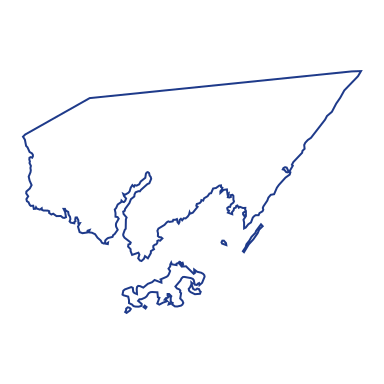 outline of Lamu East, Coast, Kenya
{"feature_id": "3690345B14280875758697", "entity_name": "Lamu East", "entity_type": "district", "adm_level": 2, "iso_a3": "KEN", "parent_name": "Kenya", "parent_adm1": "Coast", "projection": "natural_earth1", "projection_center": [41.091, -1.907], "detail": "fine", "context": "isolated", "style": "outline", "palette": "blue", "viewbox_px": 384, "rotation_deg": 0, "n_neighbors": 0, "source": "geoboundaries", "source_scale": "gbopen_adm2", "svg_char_len": 6051}
<svg xmlns="http://www.w3.org/2000/svg" viewBox="0 0 384 384"><path d="M23.0,136.7L24.9,139.7L26.1,145.9L27.5,147.3L29.6,152.0L32.0,153.4L32.9,154.9L32.9,156.3L32.2,157.7L30.8,157.1L29.5,157.7L29.3,159.5L29.9,161.5L29.5,163.0L30.9,165.9L30.4,168.0L30.8,170.2L30.5,172.2L28.7,176.6L29.6,180.6L31.6,185.1L29.8,188.5L26.4,191.5L26.2,193.4L28.2,196.3L26.4,199.1L26.9,201.2L28.5,202.2L29.8,205.0L30.8,205.9L33.2,205.7L33.8,208.9L35.3,208.8L36.0,207.3L36.8,208.6L39.9,209.6L41.7,208.3L41.9,209.8L43.4,210.5L47.7,210.6L49.2,211.2L49.1,212.9L51.4,214.5L53.2,213.7L56.5,216.1L60.8,216.0L62.9,217.7L64.4,217.9L66.0,217.2L65.1,212.0L63.6,208.9L65.0,208.9L65.7,210.5L68.2,211.9L68.6,214.6L70.0,216.8L70.4,219.1L69.6,221.4L70.7,222.6L74.3,223.3L74.4,221.9L75.5,221.2L75.2,219.5L75.6,217.5L76.9,217.4L78.3,220.2L78.4,223.4L79.9,223.2L78.0,226.6L79.6,232.1L82.5,233.2L87.1,232.5L87.6,230.7L89.6,230.0L88.6,232.3L91.9,232.7L95.1,234.2L97.5,237.7L100.7,240.5L101.9,242.7L103.6,243.5L105.0,243.0L105.3,240.4L106.9,238.8L108.1,238.0L112.5,236.9L113.2,235.1L114.6,234.1L117.7,229.8L116.1,226.6L115.9,224.9L116.1,223.3L118.7,218.7L117.6,217.1L115.5,216.7L115.5,213.0L114.8,209.5L116.1,208.1L117.7,204.5L121.2,202.1L121.5,200.6L122.7,201.8L123.9,202.1L125.2,200.8L126.1,198.5L124.0,196.0L123.3,193.9L124.9,194.8L128.4,192.8L129.6,191.4L130.7,187.7L132.4,185.1L134.0,186.7L134.9,185.2L136.6,185.6L139.2,184.3L140.7,181.5L145.3,177.8L145.9,173.8L146.6,172.6L147.8,172.1L149.1,173.1L149.6,175.5L150.7,176.9L151.2,178.8L149.3,183.3L147.4,184.1L140.9,189.9L139.9,191.3L138.4,191.2L135.6,192.3L134.5,194.5L134.3,196.5L130.9,199.2L129.4,203.1L125.1,208.9L124.7,210.8L123.2,211.6L123.6,214.0L126.6,217.5L125.9,219.3L125.7,228.8L124.8,229.8L123.2,234.3L123.3,235.7L124.5,237.7L130.7,242.5L130.2,243.9L128.4,244.5L128.1,246.6L130.6,249.2L130.6,251.1L132.1,254.9L138.4,252.7L139.4,254.6L138.2,258.3L139.9,260.5L141.5,261.0L143.9,258.8L145.0,256.1L147.9,258.3L150.8,253.2L150.9,251.1L154.0,249.2L153.3,247.7L153.3,246.0L154.6,244.8L156.3,244.3L157.4,242.6L157.3,241.0L158.5,240.3L160.1,240.7L162.4,238.4L161.1,237.3L159.3,237.2L157.9,236.1L158.0,233.3L157.4,230.8L158.4,228.6L164.5,224.9L166.8,222.3L168.3,221.4L169.6,221.9L172.7,221.4L173.3,219.8L175.3,219.8L176.9,219.1L177.6,222.3L178.7,223.6L179.4,222.3L179.7,219.9L180.9,218.8L182.2,220.3L183.7,218.3L185.6,218.4L187.7,216.6L189.0,214.7L189.6,212.4L190.1,213.7L192.8,212.7L197.6,206.8L196.3,205.8L196.8,204.0L199.7,203.1L201.0,201.7L201.4,200.1L203.2,200.6L204.1,198.3L207.6,196.2L209.5,193.5L211.1,193.2L213.1,188.5L216.0,188.0L219.3,185.6L221.0,185.4L221.0,187.0L222.4,187.8L221.7,189.6L220.4,191.2L220.4,192.9L223.6,189.9L226.9,189.4L227.5,194.1L228.6,193.4L227.8,197.2L229.4,197.5L230.9,196.9L230.5,195.2L232.5,194.8L233.4,195.9L233.4,199.9L234.0,201.2L233.4,202.6L230.8,204.6L230.1,206.9L228.7,206.8L227.2,208.1L227.6,209.9L229.0,210.7L227.9,212.6L232.2,214.2L232.0,212.2L233.6,210.3L234.0,208.3L235.8,207.6L236.3,205.9L237.4,205.5L238.8,207.7L239.9,206.8L242.9,208.0L245.3,207.9L245.1,209.4L245.9,210.9L245.9,212.7L244.4,211.9L243.1,212.9L243.1,214.4L244.2,215.9L245.9,214.5L245.9,216.1L243.5,219.7L244.1,222.5L244.1,228.4L245.7,227.6L248.3,224.3L251.0,222.4L252.8,217.6L254.0,216.3L255.5,215.2L258.6,215.2L259.5,213.1L262.5,211.3L263.3,209.7L262.8,208.0L263.4,206.4L267.3,200.6L268.4,197.6L270.8,194.8L274.1,194.2L276.9,187.7L278.9,184.9L285.5,177.6L289.7,174.6L290.4,172.3L289.3,171.6L287.9,172.4L286.2,172.1L284.4,169.9L282.8,169.4L283.5,168.0L285.1,167.2L286.7,167.6L288.2,170.7L289.6,171.2L292.8,165.7L291.9,164.8L293.3,162.1L302.1,152.8L302.5,150.8L304.6,148.8L304.2,145.0L305.3,142.7L307.8,140.0L311.0,137.8L325.1,119.6L327.0,116.0L331.9,111.8L336.2,103.6L340.2,97.8L344.3,90.4L358.0,76.2L361.0,71.1L351.8,71.4L89.7,98.1L25.2,134.5L23.0,136.7ZM179.3,263.4L177.7,263.2L176.5,263.7L176.5,265.1L171.8,264.3L171.2,262.6L170.3,264.4L170.2,266.4L168.5,268.7L170.1,271.0L168.9,274.1L168.0,275.7L166.6,276.8L160.6,279.4L161.3,280.5L161.4,282.6L154.6,280.0L152.1,282.2L147.9,283.8L143.3,287.6L140.0,286.1L138.2,285.9L137.1,286.9L136.7,288.9L137.0,294.1L134.4,293.0L133.2,291.7L132.8,287.8L131.2,287.1L124.9,289.4L123.3,290.7L122.5,294.6L123.5,295.3L128.2,296.6L129.0,300.1L129.0,303.1L132.1,304.6L133.5,306.1L135.6,306.6L138.8,306.7L141.6,305.8L141.7,303.9L138.1,300.9L139.4,299.3L141.5,299.2L144.9,297.7L146.6,296.4L148.7,293.2L150.4,292.2L152.1,292.0L157.4,292.3L157.9,297.3L159.4,297.8L157.3,303.5L159.3,304.6L163.1,302.6L167.1,301.2L166.4,300.0L164.7,299.7L165.8,298.2L167.6,297.8L168.9,296.6L167.6,295.7L167.6,294.0L169.1,294.0L171.3,296.2L170.7,297.6L170.7,301.0L171.3,302.4L172.7,302.9L172.4,304.6L174.9,306.4L177.3,306.5L181.1,305.6L182.4,304.6L183.3,302.9L182.5,300.9L180.2,298.5L181.1,293.2L180.1,292.2L180.3,290.5L179.3,289.4L176.9,288.4L175.4,286.5L180.5,280.5L181.5,278.4L183.0,277.0L184.3,276.9L190.9,278.1L192.8,278.9L193.8,280.2L194.7,284.6L196.8,285.0L197.8,283.7L199.0,283.1L199.4,285.2L202.1,282.8L204.6,276.7L204.3,275.2L203.1,273.8L201.1,272.7L197.2,271.8L194.2,269.5L194.2,271.3L195.0,272.8L193.7,273.8L186.0,266.3L181.7,266.6L179.3,263.4ZM244.0,252.2L248.8,244.3L253.3,239.4L257.6,233.3L259.2,229.6L262.7,226.2L261.0,224.3L256.1,230.9L255.4,232.8L251.5,236.9L249.3,240.7L246.5,244.2L245.6,247.2L242.9,251.2L244.0,252.2ZM191.5,284.2L190.0,287.4L188.7,288.9L189.1,290.7L190.6,292.1L194.9,294.2L199.9,293.8L200.7,291.8L199.6,290.7L199.1,289.2L197.2,288.6L196.2,289.5L194.8,289.8L193.1,288.8L191.5,284.2ZM126.5,312.9L129.8,310.6L130.8,309.0L129.6,307.8L127.8,307.3L126.2,308.6L126.1,310.4L125.2,312.0L126.5,312.9ZM226.0,243.1L223.9,240.7L222.3,240.7L221.5,242.3L222.1,243.6L226.3,245.1L226.0,243.1ZM146.5,307.0L144.7,305.6L143.6,307.1L145.5,308.5L146.5,307.0ZM183.1,264.4L182.6,262.7L181.3,263.0L181.9,265.0L182.7,265.1L183.1,264.4ZM179.3,263.4L180.3,263.3L180.1,262.0L179.4,261.8L178.9,262.4L179.3,263.4ZM108.0,242.7L106.2,243.8L107.8,244.1L108.0,242.7ZM170.2,303.9L169.1,302.8L168.6,304.4L170.2,303.9ZM191.5,284.2L192.6,283.6L191.4,282.5L191.5,284.2Z" fill="none" stroke="#1e3a8a" stroke-width="2"/></svg>